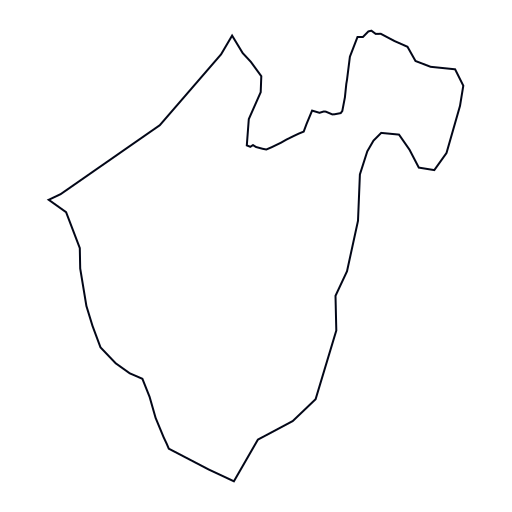 the district of Calabar South, Cross River, Nigeria
{"feature_id": "59680162B50827827535662", "entity_name": "Calabar South", "entity_type": "district", "adm_level": 2, "iso_a3": "NGA", "parent_name": "Nigeria", "parent_adm1": "Cross River", "projection": "equal_earth", "projection_center": [8.325, 4.916], "detail": "fine", "context": "isolated", "style": "outline", "palette": "ink", "viewbox_px": 512, "rotation_deg": 0, "n_neighbors": 0, "source": "geoboundaries", "source_scale": "gbopen_adm2", "svg_char_len": 1092}
<svg xmlns="http://www.w3.org/2000/svg" viewBox="0 0 512 512"><path d="M357.5,37.0L349.9,56.7L347.3,77.4L347.0,79.8L346.3,83.9L344.9,97.4L342.3,111.0L340.7,113.1L334.4,114.3L332.3,114.4L325.7,111.6L323.7,111.5L319.5,112.8L312.1,110.6L306.6,123.8L303.7,131.6L298.8,133.6L293.5,136.1L286.4,139.6L281.0,142.7L275.6,145.3L271.7,147.2L266.3,149.5L262.7,148.8L256.0,147.0L253.0,145.1L250.3,146.8L246.8,145.4L248.8,119.1L260.7,92.2L261.3,76.2L250.8,61.8L242.7,53.1L232.1,35.6L221.1,54.3L159.8,125.2L60.7,194.1L48.7,199.8L66.1,212.2L79.8,248.1L80.2,268.5L86.4,306.0L92.5,325.9L100.5,347.4L115.7,363.3L129.7,373.3L142.4,378.8L149.6,396.9L155.6,417.9L163.6,437.2L166.8,444.0L168.8,448.7L208.7,469.5L233.9,481.3L257.9,439.6L292.8,421.0L315.6,399.2L336.3,330.5L335.5,295.8L347.0,271.3L358.0,220.8L359.9,174.4L367.3,151.3L373.5,140.6L381.2,132.9L399.0,134.6L409.5,149.7L418.8,167.6L434.3,170.1L446.5,153.0L460.0,105.9L463.3,85.7L455.1,69.3L430.6,66.8L415.5,61.0L407.5,46.8L394.4,41.0L380.8,33.8L375.7,33.9L371.4,30.7L368.4,31.4L362.9,37.0L357.5,37.0Z" fill="none" stroke="#020617" stroke-width="2"/></svg>